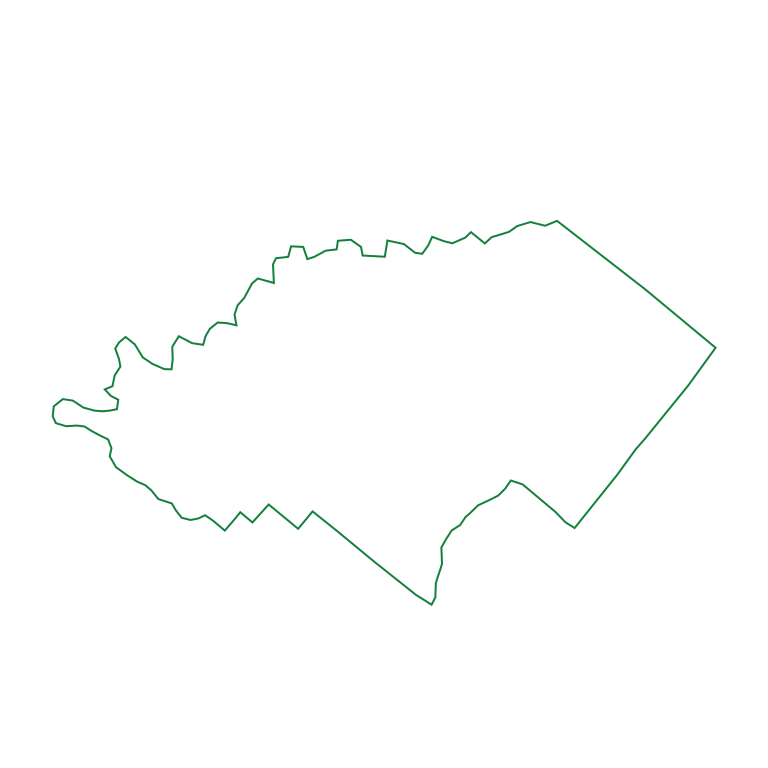 Cândido Godói, Rio Grande do Sul, Brazil (Natural Earth projection), rotated 310°
{"feature_id": "56859067B20748730789342", "entity_name": "Cândido Godói", "entity_type": "district", "adm_level": 2, "iso_a3": "BRA", "parent_name": "Brazil", "parent_adm1": "Rio Grande do Sul", "projection": "natural_earth1", "projection_center": [-54.75, -27.926], "detail": "fine", "context": "isolated", "style": "outline", "palette": "green", "viewbox_px": 768, "rotation_deg": 310, "n_neighbors": 0, "source": "geoboundaries", "source_scale": "gbopen_adm2", "svg_char_len": 1786}
<svg xmlns="http://www.w3.org/2000/svg" viewBox="0 0 768 768"><g transform="rotate(310 384 384)"><path d="M394.7,612.0L396.2,622.6L465.1,621.0L488.0,619.3L496.0,618.8L511.1,619.1L578.5,618.0L624.9,614.7L624.4,522.7L620.2,411.7L608.8,405.7L602.2,392.1L590.6,384.5L581.0,382.0L574.7,378.0L565.7,372.1L556.5,370.9L556.2,353.0L548.4,352.2L535.7,345.9L531.8,337.8L527.7,326.3L518.6,328.8L508.3,329.6L504.5,323.4L504.0,309.3L496.1,294.4L482.0,302.8L468.7,285.1L474.2,278.3L473.2,265.9L464.1,256.6L456.7,261.2L448.6,253.6L436.7,248.9L430.4,245.0L437.1,234.0L429.7,224.3L419.8,228.9L410.9,220.4L404.3,222.1L390.6,234.7L383.7,219.5L376.1,218.3L360.1,221.6L350.2,221.3L341.1,224.9L334.1,233.2L329.7,224.6L324.1,217.0L314.3,215.1L305.8,216.6L297.8,220.3L291.9,210.7L288.7,196.1L276.4,197.9L267.2,206.2L258.7,211.8L254.2,206.2L250.6,193.9L249.3,182.2L254.2,167.6L253.9,155.8L245.4,154.3L238.4,155.3L232.7,165.1L227.8,170.9L217.4,172.2L207.8,177.4L200.4,173.6L199.3,182.2L201.1,190.6L193.0,195.6L187.4,191.1L182.1,185.8L177.6,179.5L172.7,168.9L171.2,156.2L166.0,147.7L154.6,145.4L146.3,151.0L143.1,157.8L147.3,167.6L154.7,175.4L159.0,182.0L160.0,190.1L162.0,199.6L164.2,208.3L159.6,216.5L152.3,220.4L148.0,232.2L149.0,246.3L150.5,257.4L153.0,266.2L153.0,274.0L150.8,285.1L156.1,298.2L153.4,305.8L151.5,315.1L155.5,323.2L161.8,328.3L168.5,331.3L169.4,341.1L169.4,356.3L185.6,356.5L193.4,356.3L193.4,372.2L217.6,373.1L217.9,411.3L240.5,411.2L241.2,442.3L241.6,490.9L243.0,543.9L245.5,562.3L253.5,560.5L264.8,551.7L271.3,549.0L277.4,546.6L283.4,544.1L289.3,538.8L295.7,533.0L304.9,531.3L315.4,530.0L324.9,533.0L334.3,532.0L341.3,533.0L351.6,534.1L362.8,539.3L371.9,543.2L381.9,544.1L391.6,543.2L396.2,554.7L396.2,579.2L396.2,597.6L394.7,612.0Z" fill="none" stroke="#15803d" stroke-width="2"/></g></svg>